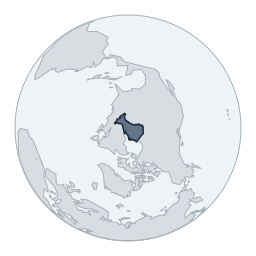 Ontario highlighted on a globe, orthographic projection, rotated 170°
{"feature_id": "CAN-682", "entity_name": "Ontario", "entity_type": "Province", "adm_level": 1, "iso_a3": "CAN", "parent_name": "Canada", "parent_adm1": "", "projection": "orthographic", "projection_center": [-83.246, 49.265], "detail": "fine", "context": "on_globe", "style": "filled", "palette": "slate", "viewbox_px": 256, "rotation_deg": 170, "n_neighbors": 0, "source": "natural_earth", "source_scale": "10m", "svg_char_len": 12638}
<svg xmlns="http://www.w3.org/2000/svg" viewBox="0 0 256 256"><g transform="rotate(170 128 128)"><circle cx="128" cy="128" r="113" fill="#eef3f6" stroke="#a8b0b8"/><path d="M141.8,239.8L143.1,239.5L147.5,237.9L152.0,231.1L150.0,229.7L141.7,228.5L131.9,220.7L134.8,216.5L132.5,214.6L140.0,207.7L137.8,201.5L135.2,200.7L132.6,203.4L123.3,199.3L119.9,193.9L91.0,181.0L87.9,177.2L87.8,172.1L77.9,151.1L82.3,169.5L78.5,165.1L75.4,158.0L77.2,157.2L75.1,147.2L71.7,142.1L71.5,129.4L78.3,115.9L79.4,119.1L80.9,115.7L79.6,111.5L78.4,109.7L81.9,94.0L78.8,82.1L74.3,81.0L78.0,79.3L67.1,79.3L63.1,75.5L69.8,78.2L72.2,77.3L70.6,73.9L72.6,72.3L73.1,69.8L75.7,68.3L79.4,70.2L81.2,69.3L79.9,67.0L81.8,64.2L83.3,67.7L86.7,63.2L93.5,66.2L95.5,77.8L101.4,78.9L109.3,89.7L110.7,87.7L114.6,90.9L117.8,89.8L118.3,92.3L120.3,89.3L119.2,87.2L119.7,85.2L121.5,84.4L122.5,87.5L121.8,88.3L123.0,88.8L122.7,90.7L123.9,89.3L124.9,93.2L126.5,88.3L129.4,90.6L129.4,93.5L126.0,94.5L117.6,104.5L116.5,108.2L118.4,112.1L129.1,116.4L129.3,120.1L132.1,124.1L133.5,121.4L131.9,117.3L135.3,113.4L132.8,109.2L133.8,107.1L132.7,102.4L136.5,101.8L140.9,103.8L142.0,107.7L144.0,108.8L145.8,104.2L150.8,110.9L159.1,114.4L160.0,116.4L156.4,121.7L148.9,123.8L144.2,131.5L151.0,125.3L153.1,130.8L155.0,131.3L157.0,130.4L157.7,127.9L159.2,129.7L153.1,136.2L151.6,134.7L153.6,132.6L150.0,133.7L145.9,138.6L147.3,141.2L139.7,146.5L140.6,148.5L139.4,151.0L138.5,147.3L140.0,154.1L131.2,162.4L133.1,173.8L127.2,165.3L122.7,164.3L117.2,164.4L117.4,166.3L110.0,164.4L103.6,167.7L101.7,176.3L104.6,183.1L112.9,184.2L115.1,180.7L121.0,180.2L117.3,189.6L127.7,191.0L126.9,197.6L130.0,200.8L135.1,199.7L140.4,200.8L144.0,196.7L149.9,193.8L150.3,199.0L153.3,193.7L156.8,195.6L168.3,192.4L167.5,193.9L177.3,196.6L187.4,194.9L189.8,197.1L188.6,199.7L192.0,198.5L192.0,199.8L205.1,193.8L211.3,191.8L210.8,195.8L205.0,203.8L198.3,214.0L187.5,221.9L183.8,225.1L173.7,230.9L167.2,233.3L168.1,233.2L165.6,234.2L157.8,236.6L149.9,238.5L141.8,239.8ZM26.4,128.5L27.2,126.5L27.3,128.9L26.4,128.5ZM27.3,124.5L27.1,125.3L27.1,124.4L27.3,124.5ZM27.1,123.3L27.2,124.1L26.9,123.4L27.1,123.3ZM26.7,122.0L26.9,122.6L26.7,122.0ZM132.7,177.6L144.7,181.6L138.1,182.9L139.3,181.9L136.3,180.1L130.6,178.5L124.8,179.7L132.7,177.6ZM26.5,119.5L26.5,118.8L26.8,119.2L26.5,119.5ZM137.5,171.1L135.5,170.8L137.5,170.6L137.5,171.1ZM77.5,109.2L79.4,111.6L79.8,116.1L78.0,114.2L77.5,109.2ZM77.1,101.0L78.6,101.6L76.7,105.0L76.5,103.6L77.1,101.0ZM70.6,80.7L71.7,82.4L69.9,81.3L70.6,80.7ZM72.7,69.7L71.7,69.8L72.3,68.5L72.7,69.7ZM130.7,103.1L131.7,102.8L131.3,103.8L130.7,103.1ZM129.2,101.4L128.2,102.9L127.3,102.3L128.0,101.4L129.2,101.4ZM76.9,65.0L78.3,63.1L77.5,65.4L76.9,65.0ZM130.7,99.8L126.0,101.1L124.5,100.1L125.9,96.0L130.7,99.8ZM79.4,62.1L82.6,57.5L80.7,57.1L87.8,55.8L82.8,60.0L82.2,62.9L81.2,61.6L79.4,62.1ZM118.1,86.9L119.4,89.1L116.7,88.0L118.1,86.9ZM116.3,86.7L107.3,86.6L106.4,83.2L109.6,83.8L107.0,80.1L110.9,78.4L113.2,80.1L113.0,82.6L114.6,80.1L116.3,86.7ZM91.3,55.9L92.6,55.2L91.9,56.3L91.3,55.9ZM119.7,84.3L118.0,84.6L117.0,81.6L120.3,80.6L119.6,81.8L119.7,84.3ZM104.4,80.0L104.2,77.7L107.4,75.6L107.7,74.5L110.9,78.1L104.4,80.0ZM120.7,82.1L122.0,80.2L124.0,80.9L121.4,83.9L120.7,82.1ZM115.4,81.2L115.1,79.8L116.3,80.3L115.4,81.2ZM132.0,82.8L130.0,83.0L129.3,81.4L132.0,82.8ZM122.3,79.4L121.6,79.2L121.1,78.6L122.4,77.5L122.3,79.4ZM112.9,76.4L114.2,76.1L111.7,74.9L114.0,73.4L115.7,76.1L115.9,74.4L116.6,73.9L117.2,76.6L112.9,76.4ZM122.2,74.8L125.1,77.9L129.0,77.8L129.7,79.2L123.3,79.1L122.2,74.8ZM119.2,75.6L121.2,75.4L121.1,77.1L119.6,78.3L119.2,75.6ZM114.9,71.5L111.0,73.0L110.8,72.4L114.9,71.5ZM123.3,74.4L122.6,73.7L123.6,74.2L123.3,74.4ZM117.5,72.0L116.2,72.6L115.9,71.8L117.5,72.0ZM122.2,71.8L123.2,72.7L122.2,73.6L122.2,71.8ZM120.1,71.6L120.1,70.4L121.3,73.3L119.5,71.9L120.1,71.6ZM117.5,71.2L116.9,71.0L118.1,71.1L117.5,71.2ZM125.3,68.2L127.1,71.5L125.0,73.3L123.5,69.8L125.3,68.2ZM82.7,24.9L82.8,24.8L86.4,23.3L86.5,23.4L91.9,21.3L92.2,21.3L96.3,19.9L95.7,20.1L103.4,18.1L111.2,16.6L119.1,15.7L127.0,15.4L134.9,15.6L142.8,16.3L150.7,17.7L158.4,19.5L165.9,21.9L173.3,24.9L180.4,28.3L187.3,32.3L193.9,36.7L200.2,41.5L201.4,42.6L209.2,49.9L216.2,58.0L215.9,58.2L214.5,56.8L214.4,56.7L216.8,59.4L216.1,59.3L218.2,60.5L222.8,67.1L226.9,74.1L230.5,81.4L233.6,88.9L236.2,96.6L238.1,104.4L239.6,112.4L240.4,120.5L240.3,119.5L240.2,119.3L240.3,123.8L239.9,123.6L239.7,126.0L236.6,144.1L234.1,146.1L227.2,143.4L226.6,136.7L223.7,132.5L217.2,100.3L219.0,96.5L217.4,80.1L217.8,78.7L221.4,82.7L223.0,75.2L219.5,69.8L217.5,62.7L214.0,56.9L206.7,50.5L212.4,59.7L210.0,59.4L202.7,50.2L197.2,42.8L196.1,42.5L196.7,45.8L192.6,43.0L196.6,47.0L197.1,46.2L199.7,48.8L199.4,49.7L197.9,48.6L198.7,50.8L205.5,55.8L206.7,55.6L210.7,62.7L213.1,63.0L215.3,65.7L211.9,66.2L210.0,65.0L206.1,68.7L208.5,70.6L212.3,67.3L212.4,68.9L215.6,71.8L213.2,70.9L208.5,74.3L210.1,81.8L217.3,94.7L217.2,99.4L214.8,102.3L207.1,95.2L208.2,85.6L205.5,83.3L200.9,83.9L201.6,81.0L199.9,80.2L199.9,76.8L195.6,71.1L194.9,67.7L189.1,64.8L188.0,62.8L191.8,65.0L194.0,64.9L191.9,57.1L190.2,55.4L186.6,54.3L186.5,52.5L183.3,52.4L180.0,48.1L181.3,53.4L177.1,52.6L172.9,49.8L171.8,50.6L178.6,55.1L181.1,56.1L182.9,55.4L190.0,59.4L191.7,62.3L185.1,62.0L186.7,66.1L180.9,64.4L166.0,52.7L161.8,48.4L163.7,41.7L167.0,42.6L168.0,45.5L170.9,43.1L168.8,43.1L168.7,41.7L164.7,40.9L164.4,39.9L161.0,40.9L160.2,39.6L162.4,39.0L155.7,36.9L153.0,34.4L151.6,34.5L150.9,35.3L147.9,31.7L147.0,32.0L147.7,33.2L146.3,34.5L142.8,35.5L142.0,34.2L143.1,33.7L144.3,30.8L147.5,29.7L146.7,29.3L143.8,29.9L142.4,33.4L140.5,34.4L140.7,32.6L140.5,33.3L139.3,33.4L137.3,32.4L136.9,34.4L124.8,38.2L119.8,36.8L121.3,34.6L112.0,36.6L107.0,35.5L107.6,36.5L103.6,38.5L105.1,38.9L105.0,39.6L95.3,45.5L92.4,46.1L88.9,50.4L89.2,51.0L91.2,50.7L87.8,55.8L80.7,57.1L80.3,55.7L76.1,57.7L75.9,54.1L73.8,52.3L76.0,47.5L74.2,46.7L72.7,47.7L69.1,47.4L66.6,44.0L75.0,42.5L80.0,47.9L78.5,45.2L80.7,44.6L81.4,43.0L80.2,41.4L78.9,41.9L86.7,34.2L87.6,29.3L82.9,32.0L79.5,32.7L76.5,30.7L83.7,24.6L79.3,26.5L79.0,26.6L82.7,24.9ZM223.1,112.4L224.2,114.0L223.1,112.4ZM193.9,37.5L189.0,33.7L187.0,33.3L184.9,31.9L185.0,32.4L186.9,33.4L186.4,34.6L182.8,32.4L181.2,32.2L182.8,33.5L189.5,37.4L190.2,35.5L193.1,37.3L193.9,37.5ZM168.7,192.3L170.1,192.8L168.3,193.4L168.7,192.3ZM137.4,185.4L139.8,185.3L141.1,186.0L139.3,186.5L137.4,185.4ZM157.7,182.4L160.4,182.3L157.6,183.4L157.7,182.4ZM146.5,182.0L155.5,182.7L150.0,185.4L144.3,184.9L148.2,183.9L146.5,182.0ZM136.6,174.8L138.2,175.1L137.8,176.2L136.6,174.8ZM139.0,171.0L138.4,171.1L137.5,170.3L139.0,171.0ZM153.4,130.4L154.0,129.9L156.1,129.6L155.3,130.8L153.4,130.4ZM164.7,122.2L166.9,125.2L164.7,123.8L164.0,125.9L158.5,125.8L160.1,117.4L160.4,121.2L164.7,122.2ZM151.7,123.6L155.0,124.4L151.3,123.9L151.7,123.6ZM190.4,79.8L191.8,78.8L193.9,80.5L194.7,85.4L191.7,82.9L190.4,79.8ZM193.3,77.0L186.6,75.7L185.8,72.8L187.4,74.6L187.5,72.8L190.1,75.3L195.9,74.1L198.1,75.6L198.4,83.4L197.1,79.9L195.8,81.0L193.3,77.0ZM170.8,79.3L167.8,79.2L169.9,73.0L172.4,73.8L173.4,78.6L171.0,80.4L170.8,79.3ZM134.0,92.5L132.8,93.3L132.5,92.4L133.3,91.0L134.0,92.5ZM131.2,83.0L139.2,88.4L138.2,89.5L144.1,91.6L143.8,95.4L139.9,93.9L144.1,98.5L140.4,98.6L143.6,101.5L135.0,97.7L132.0,98.1L135.6,96.1L136.0,92.6L135.3,91.2L130.9,87.7L124.4,87.2L123.8,83.9L125.1,81.6L126.6,81.2L126.5,83.5L128.5,81.3L129.5,84.3L131.2,83.0ZM140.6,60.1L139.9,62.4L144.1,59.5L145.2,62.1L145.6,61.6L147.7,63.3L150.9,64.6L150.9,65.9L152.2,65.8L153.6,67.0L155.4,67.4L155.9,70.0L158.1,70.7L157.1,71.5L160.8,72.1L158.3,72.8L159.9,74.6L161.5,73.0L160.2,86.9L161.5,92.5L164.0,96.9L159.4,97.9L154.2,94.4L149.4,89.1L148.7,83.7L146.8,85.2L145.9,83.1L147.8,82.8L144.3,82.1L144.1,80.3L139.8,76.2L134.9,76.5L133.2,75.2L135.0,74.2L132.0,73.5L134.2,70.7L133.1,69.7L134.1,66.1L138.2,64.9L136.6,63.9L137.3,61.2L140.6,60.1ZM125.7,67.1L130.4,64.9L133.3,65.3L130.3,71.5L131.1,72.8L129.3,77.0L125.1,76.4L126.0,75.2L125.9,74.0L127.3,74.6L126.1,73.1L127.3,71.5L126.8,70.0L128.5,69.6L125.7,67.1ZM216.2,75.8L216.1,74.5L215.4,72.3L217.4,74.2L216.2,75.8ZM213.0,78.2L212.7,76.8L215.2,78.2L215.3,79.6L213.0,78.2ZM210.3,75.0L212.4,76.6L211.3,76.6L210.3,75.0ZM191.2,63.7L190.5,62.3L191.3,62.4L192.6,63.4L191.2,63.7ZM153.3,52.9L152.4,54.0L151.7,53.7L148.2,54.7L147.2,53.0L148.9,51.7L153.3,52.9ZM208.9,52.8L211.2,55.2L211.2,55.7L210.4,54.7L208.9,52.8ZM215.5,64.9L215.0,62.6L216.0,65.5L215.5,64.9ZM151.6,51.2L150.2,51.8L150.5,50.6L151.6,51.2ZM146.2,51.8L146.2,50.4L146.6,52.9L146.2,51.8ZM140.8,38.8L146.9,39.1L150.5,38.5L151.5,36.8L152.7,39.5L147.1,40.4L140.8,38.8ZM126.9,38.3L126.1,40.1L124.7,39.4L124.7,38.9L126.9,38.3ZM127.6,39.3L129.8,41.3L128.2,42.4L126.8,40.5L127.6,39.3ZM140.9,45.7L142.8,45.9L142.5,46.9L140.9,45.7ZM74.7,28.8L74.2,29.0L70.4,31.2L70.4,31.4L68.0,33.2L69.5,32.9L68.6,33.8L66.1,34.9L64.6,35.1L70.5,31.1L71.7,30.4L74.7,28.8ZM70.3,32.7L72.0,33.4L67.6,36.2L66.3,36.7L67.3,35.1L69.6,33.7L70.3,32.7ZM71.1,34.5L73.3,33.2L80.5,33.0L80.9,33.7L73.1,35.0L74.8,33.9L73.8,33.6L71.1,34.5ZM91.9,54.6L92.5,55.1L91.3,55.3L91.9,54.6ZM106.0,39.7L105.7,40.7L104.3,40.8L106.0,39.7ZM104.3,43.5L106.1,42.7L104.6,44.1L104.3,43.5ZM110.1,41.0L107.0,42.7L109.5,40.3L110.1,41.0Z" fill="#d9dde1" stroke="#a8b0b8" stroke-width="1"/><path d="M119.9,130.2L119.6,130.1L119.4,130.1L119.2,130.1L119.1,129.9L118.5,129.9L118.4,129.9L118.2,129.8L118.1,129.7L117.8,129.6L117.5,129.8L117.4,129.8L117.2,129.8L117.1,129.7L116.9,129.7L117.0,129.6L116.9,129.5L116.6,129.4L116.5,129.2L116.4,129.1L116.2,129.1L116.2,129.3L116.0,129.1L116.0,128.9L115.9,128.9L115.7,128.8L115.8,128.7L115.5,128.6L115.4,128.5L115.1,128.4L114.8,128.4L114.8,128.5L114.7,128.5L114.4,128.5L114.3,128.3L113.8,128.2L113.5,128.0L113.4,128.0L113.3,127.8L113.3,127.6L113.2,127.1L113.3,127.0L113.2,126.8L113.1,126.7L112.9,126.6L114.0,119.9L116.0,118.4L117.4,117.1L118.9,115.6L121.0,113.8L121.9,112.9L122.0,112.9L122.0,113.0L122.3,113.3L122.4,113.5L122.5,113.6L122.8,113.7L122.9,113.8L123.0,114.0L123.1,114.3L123.2,114.5L123.3,114.6L123.5,114.7L123.5,114.8L123.5,114.7L123.8,114.8L124.0,114.9L124.2,115.0L124.3,115.1L124.5,115.2L124.6,115.3L125.1,115.4L125.2,115.5L125.3,115.5L125.6,115.9L125.7,116.0L125.9,116.0L125.7,116.3L125.6,116.5L125.8,116.2L126.0,116.1L126.5,116.3L126.5,116.2L126.9,116.2L127.1,116.2L127.4,116.2L127.5,116.2L127.5,116.3L127.4,116.3L127.5,116.3L127.6,116.5L127.6,116.4L127.5,116.2L127.7,116.3L128.0,116.3L128.3,116.3L128.3,116.5L128.4,116.4L128.5,116.5L128.7,116.4L128.8,116.5L128.8,116.4L128.9,116.5L129.0,116.6L129.0,116.4L129.1,116.5L129.1,116.8L129.1,117.0L129.1,117.6L129.0,117.8L128.9,117.9L128.9,118.0L128.9,118.3L129.0,118.4L129.0,118.5L129.3,119.1L129.2,119.3L129.2,119.5L129.3,119.8L129.3,120.1L129.2,120.2L129.2,120.3L129.1,120.6L129.2,120.8L129.3,120.9L129.4,121.0L129.5,121.0L129.6,121.3L129.9,121.6L130.0,121.7L130.0,121.8L130.1,122.0L129.8,122.1L129.7,122.1L129.8,122.1L130.1,122.1L130.2,122.3L130.3,122.4L130.5,122.5L130.8,122.8L131.0,122.8L131.1,123.0L131.3,123.5L131.5,123.8L131.2,124.0L130.9,124.3L130.8,124.5L130.8,124.4L130.9,124.5L130.9,124.4L131.0,124.3L131.2,124.2L131.3,124.1L131.5,123.9L131.9,123.9L131.9,124.0L132.0,124.0L132.3,124.2L132.4,124.4L132.5,124.5L132.9,130.7L132.9,131.2L132.9,131.4L132.9,131.6L133.1,131.8L133.1,132.1L133.2,132.3L133.3,132.5L133.5,132.6L133.6,132.9L133.7,133.0L133.8,133.2L133.9,133.3L134.1,133.4L134.1,133.6L134.5,133.6L134.8,133.7L135.0,133.7L135.6,133.8L135.9,133.9L136.0,134.0L136.2,134.3L136.3,134.4L136.6,134.5L136.7,134.4L136.8,134.3L136.9,134.5L137.0,134.7L137.1,134.8L137.4,134.9L137.5,135.0L137.6,134.9L137.8,134.9L138.0,135.0L138.3,135.1L138.4,134.9L138.5,134.9L138.8,134.7L139.2,134.6L139.4,134.5L139.6,134.5L139.8,134.4L139.9,134.5L140.0,134.5L140.1,135.1L140.3,135.2L140.2,135.3L140.1,135.5L139.9,135.6L139.6,135.7L139.4,135.9L139.1,136.1L138.5,136.7L138.4,136.9L138.3,137.0L138.1,137.2L138.0,137.3L137.9,137.3L137.7,137.5L137.2,138.6L134.5,138.9L134.4,138.9L133.8,139.2L134.0,139.6L134.0,139.8L134.1,140.0L134.2,140.3L134.1,140.5L132.4,141.4L130.9,141.8L129.2,142.9L128.8,142.9L128.3,142.5L128.2,142.4L128.1,142.2L128.2,141.8L128.2,141.6L128.3,141.6L128.6,141.5L128.9,141.2L129.0,141.1L129.1,140.8L129.1,140.7L129.1,140.4L129.2,140.2L129.6,139.2L129.0,135.7L128.9,135.6L127.7,134.9L127.6,134.7L127.7,134.4L127.6,134.2L127.3,134.2L127.2,134.2L127.1,134.3L127.0,134.2L126.9,134.1L126.8,133.8L126.8,133.7L126.8,133.4L126.7,133.3L126.4,133.4L126.3,133.5L126.2,133.5L125.9,133.2L125.8,132.7L123.6,131.2L121.3,129.7L120.9,129.7L120.0,130.2L119.9,130.2ZM132.6,124.5L132.4,124.4L132.3,124.2L132.4,123.9L132.4,123.7L132.5,123.6L132.6,124.5Z" fill="#64748b" stroke="#1e293b" stroke-width="1.5"/></g></svg>